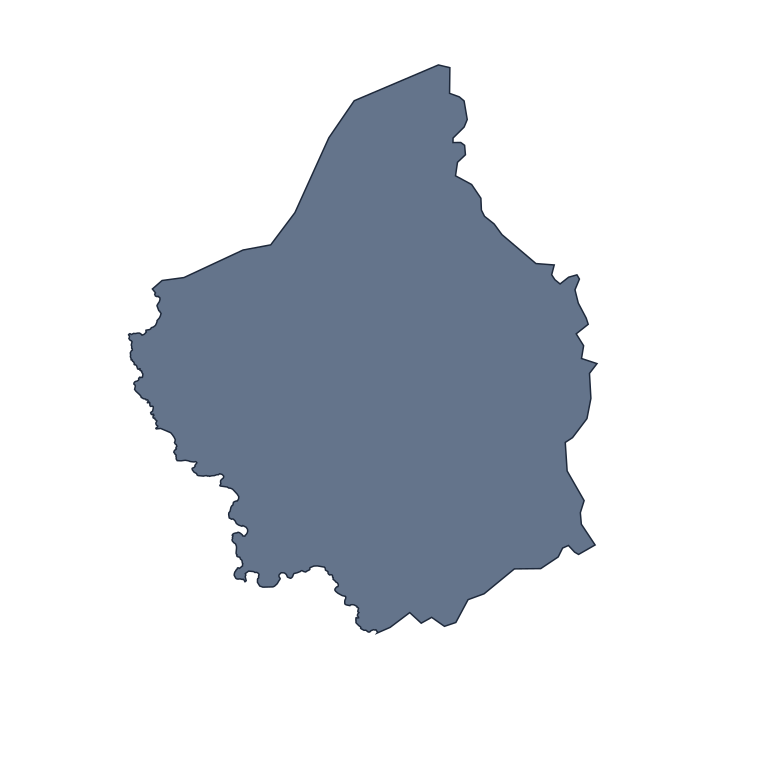 Porvenir, Paysandú, Uruguay (Natural Earth projection), rotated 56°
{"feature_id": "84410073B33376625249315", "entity_name": "Porvenir", "entity_type": "district", "adm_level": 2, "iso_a3": "URY", "parent_name": "Uruguay", "parent_adm1": "Paysandú", "projection": "natural_earth1", "projection_center": [-57.84, -32.438], "detail": "fine", "context": "isolated", "style": "filled", "palette": "slate", "viewbox_px": 768, "rotation_deg": 56, "n_neighbors": 0, "source": "geoboundaries", "source_scale": "gbopen_adm2", "svg_char_len": 6170}
<svg xmlns="http://www.w3.org/2000/svg" viewBox="0 0 768 768"><g transform="rotate(56 384 384)"><path d="M511.6,220.5L490.1,207.7L486.2,196.0L473.3,206.0L463.9,197.1L449.9,196.6L448.7,181.3L442.4,179.5L425.6,177.7L412.7,173.0L406.3,163.3L401.4,163.0L398.7,171.2L399.5,182.1L393.1,184.0L387.2,183.9L380.5,176.3L369.1,190.7L326.1,202.7L312.9,203.2L301.2,206.9L294.3,206.0L284.2,199.8L267.6,199.8L251.4,208.3L241.3,199.1L239.5,188.3L231.2,183.7L226.7,185.3L222.4,191.8L218.7,189.2L215.8,173.9L211.3,167.1L194.1,159.3L188.1,161.0L179.7,167.1L158.6,152.5L149.9,160.5L132.5,250.3L149.0,292.0L192.1,362.0L205.3,400.1L194.1,425.9L183.9,490.3L174.1,510.1L175.7,522.9L180.7,522.5L181.3,523.9L183.2,524.3L184.7,523.3L184.8,522.6L185.3,522.0L185.8,522.1L187.0,521.6L187.6,521.8L188.7,522.5L190.2,524.3L190.8,525.9L191.9,528.2L192.3,528.5L197.3,529.7L198.4,529.2L199.4,529.5L200.8,529.3L202.7,531.6L203.7,533.5L204.5,536.7L205.2,537.1L206.5,538.8L207.6,540.7L207.8,543.3L207.2,545.4L207.8,546.6L207.8,547.8L206.3,551.2L206.9,551.8L208.0,552.0L208.7,554.9L208.2,557.3L207.3,557.3L205.2,558.1L204.1,559.6L203.1,562.0L202.0,563.3L201.8,565.6L200.2,566.5L200.1,567.6L200.4,568.3L201.9,568.2L202.9,569.0L203.7,570.1L205.9,570.0L206.9,569.3L208.1,569.3L210.4,571.8L211.4,571.9L213.3,573.2L214.0,573.0L215.2,573.7L215.2,574.8L216.3,576.9L218.5,578.0L219.5,579.0L221.6,579.5L222.2,579.7L222.4,580.1L222.7,580.1L223.0,579.4L224.7,579.7L225.5,579.2L227.3,579.4L227.7,580.1L228.5,580.1L229.0,579.3L230.5,578.9L233.7,579.8L234.4,579.4L234.6,578.9L234.5,578.3L234.8,577.8L235.2,577.7L236.0,578.6L236.9,578.4L237.2,577.9L237.9,577.7L239.1,578.3L240.9,578.3L243.2,580.3L243.3,580.9L242.9,581.1L242.6,582.2L242.1,582.3L241.7,582.8L242.2,584.3L243.1,584.7L243.5,585.5L243.5,587.1L243.0,588.3L242.9,589.6L243.4,590.8L244.2,591.4L245.8,591.0L246.8,591.4L249.0,593.8L251.4,593.7L256.5,592.5L258.6,592.4L259.4,592.8L260.7,592.0L261.5,591.8L263.3,590.0L264.3,590.1L264.7,589.1L265.2,588.8L266.0,588.9L266.6,589.5L266.9,590.4L267.2,590.6L267.7,590.2L267.6,589.2L267.9,588.7L268.3,588.6L271.2,590.2L272.2,589.9L272.7,588.6L273.4,588.1L273.9,588.1L275.3,589.1L277.1,591.1L277.1,592.8L277.4,593.6L279.1,593.9L279.8,593.3L279.8,592.5L280.2,592.0L281.4,592.4L281.5,593.4L282.8,594.3L283.7,593.9L284.1,593.2L285.4,593.6L287.6,592.9L288.8,595.0L289.6,595.4L290.8,595.6L292.3,595.1L292.7,595.4L293.0,595.8L293.0,597.6L293.3,598.0L293.9,597.9L296.0,594.0L305.1,588.1L307.7,587.8L310.8,587.8L313.5,588.2L315.0,589.7L315.3,590.4L316.9,590.6L318.0,590.1L319.8,590.6L319.9,591.1L320.7,592.4L321.6,592.4L321.9,593.3L321.8,594.3L322.2,595.4L322.9,596.3L323.4,596.5L324.1,596.2L325.1,596.5L326.8,596.1L327.7,597.0L328.6,597.2L329.9,598.2L331.9,598.3L334.2,595.2L336.1,591.4L338.3,589.1L339.8,588.1L340.8,587.0L342.4,585.1L342.9,583.7L343.7,583.2L344.7,583.2L345.7,586.2L346.7,586.8L347.0,588.2L346.6,590.0L346.8,590.4L347.9,590.9L350.8,590.8L353.4,589.5L355.0,589.8L356.0,589.3L359.4,585.2L360.0,583.6L360.8,582.2L361.5,582.0L362.3,580.6L362.9,580.4L363.8,578.0L365.1,575.9L365.7,573.3L366.6,572.1L366.5,570.4L368.6,568.7L370.7,568.4L371.6,569.1L372.1,569.9L372.3,572.2L372.8,573.5L373.9,574.4L375.3,574.9L376.0,575.9L376.2,576.7L377.0,576.8L381.7,571.6L383.4,570.9L384.5,569.6L385.7,568.8L386.8,568.3L393.1,567.3L396.2,567.4L397.9,568.8L398.3,569.5L398.9,571.1L398.4,571.8L397.9,573.7L397.9,575.0L399.8,576.9L399.9,578.3L400.6,579.8L403.5,582.9L404.0,584.6L405.1,585.6L407.7,586.9L408.6,587.2L409.8,586.4L410.7,586.2L411.3,584.9L412.0,584.4L414.3,584.0L417.1,584.4L419.5,583.5L422.5,581.3L422.4,580.2L425.7,578.4L428.1,578.4L429.8,579.3L430.9,580.6L431.7,582.3L431.8,583.6L432.3,584.1L432.2,584.7L430.8,586.1L430.0,585.8L428.4,586.2L426.5,586.9L425.3,587.9L425.1,589.4L424.6,590.2L424.0,591.9L423.9,592.9L424.4,594.3L424.9,594.0L425.5,594.2L426.3,595.4L427.3,595.8L428.2,597.1L429.2,597.5L431.5,597.3L433.5,596.5L435.8,597.0L437.4,597.9L441.1,600.9L442.1,601.5L443.5,601.4L444.1,602.2L445.1,602.1L447.1,600.4L448.7,600.9L450.8,600.4L453.2,601.6L453.9,601.5L455.2,602.8L455.7,603.0L456.0,607.0L454.9,607.6L454.6,608.3L454.8,608.8L455.3,609.2L455.6,611.0L456.0,611.4L456.5,612.9L457.9,614.5L458.9,615.2L462.1,615.5L463.0,615.2L464.1,614.2L465.0,612.4L466.8,610.8L467.0,610.0L468.4,609.6L470.1,609.9L470.3,609.4L470.0,608.2L466.3,606.9L465.7,606.3L465.2,605.4L463.6,605.0L463.4,600.9L466.6,597.0L468.1,596.4L468.8,595.1L469.6,594.4L471.4,594.0L472.1,594.2L473.1,595.4L474.7,596.4L474.7,597.4L475.2,598.1L477.6,599.8L482.0,600.0L484.7,598.0L490.1,589.5L490.4,587.8L489.9,584.3L488.4,581.2L487.8,579.6L487.4,579.0L486.8,578.8L485.1,578.8L484.0,578.2L483.4,577.3L483.0,574.7L484.5,572.7L485.2,572.1L487.3,571.5L490.1,572.0L492.7,570.3L493.0,569.3L492.7,567.7L491.1,565.4L490.8,564.5L491.9,561.7L492.7,558.1L492.5,557.2L492.8,556.4L494.8,555.3L496.1,554.0L496.0,552.7L496.4,549.7L496.1,549.0L495.5,548.8L494.9,548.0L495.7,544.0L497.5,541.0L502.5,535.8L503.6,535.7L505.6,536.6L508.1,535.4L509.9,536.3L511.0,536.2L512.1,535.7L512.3,534.7L513.0,534.0L513.9,533.8L515.4,534.6L516.1,534.4L517.4,535.4L519.9,534.7L521.1,534.7L522.9,533.8L523.9,533.9L525.0,534.2L525.8,534.9L526.2,535.7L525.8,536.4L525.9,537.5L526.6,539.4L527.5,540.0L528.9,540.0L531.7,539.2L536.0,537.0L538.4,534.8L539.2,534.8L540.8,536.1L541.1,537.0L542.0,537.9L543.7,539.1L544.8,539.4L546.0,538.8L548.7,536.2L548.4,535.3L548.7,534.5L549.6,533.1L550.6,532.2L553.3,530.8L554.1,531.2L554.9,530.6L555.7,530.5L557.7,532.8L558.6,533.0L559.4,532.6L560.1,534.5L560.7,535.3L561.4,535.6L563.0,535.5L563.6,535.8L562.7,537.5L562.2,537.6L562.2,538.0L564.2,539.5L564.9,539.6L565.6,540.4L566.5,540.7L570.3,540.0L572.0,539.3L572.8,539.3L573.3,539.9L574.0,539.9L577.0,538.3L578.0,536.7L580.7,535.8L581.4,535.0L581.6,533.9L581.2,532.9L581.8,530.1L583.0,529.0L583.1,528.3L583.7,528.0L584.7,528.2L585.7,528.0L586.3,528.3L586.6,529.1L589.2,515.0L587.9,490.5L603.1,486.9L604.1,475.0L618.7,469.4L621.9,457.8L609.8,434.9L613.9,418.3L610.2,379.3L624.7,357.3L624.8,336.3L619.9,327.7L621.0,321.4L630.0,320.0L634.1,318.0L635.5,299.0L610.6,298.8L600.5,293.2L592.6,283.3L558.5,280.8L533.8,266.4L533.9,257.7L526.2,235.1L511.6,220.5Z" fill="#64748b" stroke="#1e293b" stroke-width="1.5"/></g></svg>